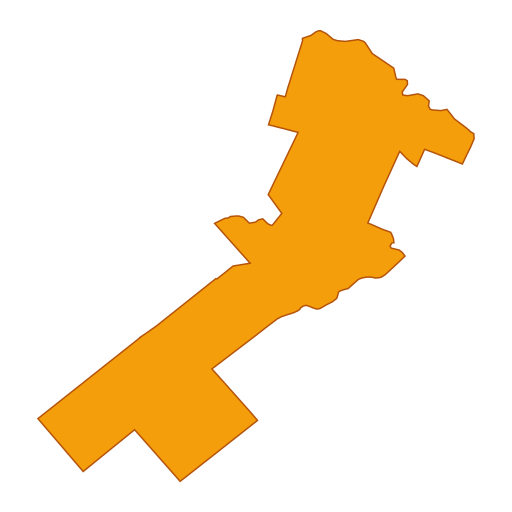 the district of Buzescu, Teleorman, Romania
{"feature_id": "2599482B13820587826100", "entity_name": "Buzescu", "entity_type": "district", "adm_level": 2, "iso_a3": "ROU", "parent_name": "Romania", "parent_adm1": "Teleorman", "projection": "equal_earth", "projection_center": [25.223, 43.976], "detail": "fine", "context": "isolated", "style": "filled", "palette": "amber", "viewbox_px": 512, "rotation_deg": 0, "n_neighbors": 0, "source": "geoboundaries", "source_scale": "gbopen_adm2", "svg_char_len": 1922}
<svg xmlns="http://www.w3.org/2000/svg" viewBox="0 0 512 512"><path d="M473.8,133.7L470.6,131.8L466.7,128.2L454.5,119.0L447.0,109.4L440.8,110.6L432.0,109.9L430.0,109.1L428.5,106.0L429.2,100.9L423.4,95.7L418.0,93.9L407.5,95.7L402.8,95.0L402.2,92.1L407.5,84.4L407.3,80.8L405.2,79.4L396.6,79.3L395.8,77.1L393.8,68.2L372.3,53.6L365.5,43.2L363.7,41.4L358.3,39.6L345.4,41.4L337.5,40.7L333.2,39.4L326.2,33.5L320.7,30.8L320.5,30.7L318.3,30.9L315.5,32.1L311.0,35.4L302.4,38.4L302.6,40.7L291.8,75.1L287.7,88.2L285.3,96.8L277.5,95.0L277.1,95.4L272.9,111.0L268.5,124.8L281.6,128.1L298.0,132.4L297.5,133.7L268.2,194.6L281.8,213.4L272.3,225.3L271.2,225.3L267.8,223.8L262.7,218.8L258.5,219.9L255.6,222.1L249.4,223.2L243.4,217.3L238.7,216.0L236.2,216.0L230.5,216.5L227.9,218.1L225.3,218.2L222.0,219.7L214.6,223.4L250.1,263.2L233.1,266.0L216.9,279.0L215.9,278.6L208.6,284.4L166.3,318.1L156.5,325.9L144.9,334.1L140.4,337.1L140.6,337.2L37.9,418.6L83.2,471.5L96.4,460.7L134.6,429.7L160.8,459.4L180.1,481.3L180.9,480.8L181.3,480.4L192.3,471.8L204.4,462.2L205.9,461.1L257.5,420.4L251.3,413.1L228.7,387.7L211.9,368.9L256.4,335.0L264.5,328.6L277.1,319.0L281.4,316.7L287.3,314.7L293.7,312.7L298.5,310.4L299.9,309.2L300.6,307.9L303.2,306.1L305.9,305.3L308.7,306.1L312.6,307.7L316.0,308.9L317.7,309.0L320.0,308.5L326.8,304.6L332.4,301.8L336.7,298.4L337.6,295.6L338.5,292.3L339.6,291.2L343.0,289.9L348.2,288.5L354.1,283.2L358.5,279.3L362.3,277.9L366.9,277.1L371.4,277.1L375.4,278.0L378.5,277.8L381.2,277.2L385.3,274.6L390.7,269.6L399.5,261.4L405.0,256.1L402.2,252.4L399.1,250.0L391.2,248.1L390.0,246.1L392.0,242.9L393.9,242.8L393.5,238.8L392.0,234.9L390.7,232.3L381.9,229.1L372.0,224.7L367.8,223.0L373.4,210.1L383.8,186.2L398.8,153.3L399.8,151.4L406.8,158.7L410.9,162.1L413.8,164.5L416.9,166.5L424.6,149.3L433.9,152.7L462.4,164.0L466.8,154.7L470.4,147.5L474.1,138.8L473.9,136.2L473.8,133.7Z" fill="#f59e0b" stroke="#b45309" stroke-width="1.5"/></svg>